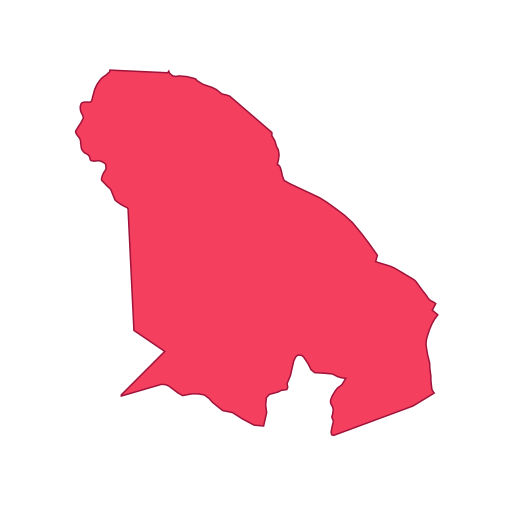 Anse Canot, Dennery, Saint Lucia, rotated 10°
{"feature_id": "8701671B96841263270820", "entity_name": "Anse Canot", "entity_type": "district", "adm_level": 2, "iso_a3": "LCA", "parent_name": "Saint Lucia", "parent_adm1": "Dennery", "projection": "natural_earth1", "projection_center": [-60.908, 13.909], "detail": "fine", "context": "isolated", "style": "filled", "palette": "rose", "viewbox_px": 512, "rotation_deg": 10, "n_neighbors": 0, "source": "geoboundaries", "source_scale": "gbopen_adm2", "svg_char_len": 5469}
<svg xmlns="http://www.w3.org/2000/svg" viewBox="0 0 512 512"><g transform="rotate(10 256 256)"><path d="M440.9,271.5L438.7,270.5L435.9,269.7L433.1,268.0L430.6,265.2L425.8,261.0L418.6,254.0L417.2,252.8L415.6,251.9L406.0,248.2L394.9,244.0L391.2,243.0L388.3,242.5L380.7,241.6L374.8,240.8L375.4,234.2L365.2,224.1L356.6,216.1L345.5,206.6L336.2,200.6L327.6,196.2L316.5,190.8L308.6,187.6L293.2,183.4L277.4,179.1L274.1,178.0L272.6,177.3L270.9,177.1L269.2,174.5L267.9,172.1L265.9,167.1L264.2,164.1L262.5,162.5L261.0,162.3L261.1,161.9L261.4,156.9L261.2,152.5L260.3,149.7L259.4,147.3L257.5,145.1L254.5,139.2L250.8,134.9L250.2,131.6L202.3,103.1L198.9,102.6L195.5,102.4L194.0,102.2L187.9,98.9L183.4,97.6L173.8,96.1L167.8,93.7L165.6,92.0L157.2,91.3L149.0,92.0L145.8,93.1L142.7,93.1L139.0,90.9L138.0,89.1L137.2,90.9L79.8,98.3L79.9,98.7L79.9,99.1L79.9,99.4L79.8,99.9L79.6,100.3L79.4,100.7L79.0,101.1L78.8,101.4L78.6,101.6L78.4,101.9L78.0,102.4L77.6,102.9L77.4,103.2L77.2,103.5L76.9,103.9L76.5,104.2L76.2,104.5L75.9,104.8L75.3,105.3L75.1,105.6L74.6,106.1L74.1,106.5L73.8,107.0L73.5,107.3L72.9,108.0L72.5,108.7L72.3,109.0L72.1,109.4L71.9,109.9L71.6,110.3L71.2,111.2L71.0,111.7L70.9,112.0L70.6,112.5L70.4,112.8L70.3,113.1L70.1,113.5L69.9,114.0L69.8,114.4L69.7,114.7L69.5,115.0L69.4,115.4L69.3,115.8L69.2,116.3L69.1,116.6L69.0,117.0L68.8,117.4L68.7,118.1L68.6,118.5L68.4,119.1L68.3,119.5L68.3,119.9L68.2,120.2L68.1,120.8L68.1,121.4L68.0,121.8L68.0,122.2L67.9,122.7L67.9,123.3L67.9,123.8L67.8,124.3L67.8,124.7L67.8,125.1L67.7,125.5L67.7,125.9L67.7,126.2L67.6,126.5L67.6,127.0L67.5,127.4L67.5,127.8L67.5,128.3L67.5,128.6L67.4,129.0L67.4,129.3L67.4,129.7L67.4,130.2L67.4,130.6L67.2,131.0L67.2,131.3L67.1,131.8L67.0,132.2L66.7,132.5L66.5,132.8L65.9,133.2L65.5,133.3L65.2,133.4L65.0,133.6L64.6,133.6L64.2,133.6L63.8,133.6L63.6,133.6L63.3,133.6L62.8,133.8L62.3,133.9L61.9,133.9L61.6,134.0L61.2,134.1L60.7,134.1L60.4,134.2L60.0,134.4L59.7,134.5L59.2,134.7L59.0,134.8L58.7,134.9L58.3,135.1L58.1,135.3L57.8,135.7L57.5,136.0L57.4,136.4L57.2,136.9L57.2,137.3L57.1,137.9L57.0,138.2L57.0,138.7L57.0,139.0L57.1,139.6L57.1,140.1L57.2,140.6L57.3,141.0L57.5,141.8L57.6,142.1L57.8,142.8L57.9,143.0L58.0,143.4L58.2,143.8L58.4,144.1L58.5,144.4L58.8,144.8L59.0,145.1L59.2,145.4L59.5,145.8L59.8,146.1L60.1,146.5L60.3,146.7L60.6,147.2L60.8,147.5L61.1,148.0L61.3,148.3L61.4,148.6L61.5,148.8L61.6,149.1L61.8,149.5L61.9,149.8L61.9,150.3L61.9,150.6L61.7,151.1L61.5,151.7L61.4,152.2L61.3,152.5L61.2,152.8L60.9,153.6L60.7,154.3L60.6,154.8L60.5,155.0L60.4,155.3L60.2,155.8L60.1,156.0L59.7,156.8L59.6,157.2L59.3,157.7L59.2,158.0L59.0,158.6L58.7,159.3L58.5,159.6L58.2,160.4L58.1,160.8L57.9,161.2L57.8,161.5L57.3,162.7L57.1,163.3L56.8,164.0L56.7,164.4L56.7,164.7L56.9,165.3L57.2,165.9L57.4,166.2L57.6,166.5L58.2,167.3L58.8,167.9L59.3,168.4L59.8,168.9L60.3,169.2L60.6,169.6L60.9,169.8L61.2,170.2L61.5,170.4L61.9,170.8L62.1,171.1L62.4,171.4L62.6,171.9L62.9,172.6L63.2,173.0L63.3,173.4L63.4,173.8L63.5,174.3L63.6,174.7L63.7,175.1L63.7,175.4L63.8,175.7L64.1,176.3L64.2,176.6L64.3,177.0L64.4,177.4L64.5,177.8L64.6,178.2L64.8,178.8L64.9,179.1L65.1,179.6L65.2,179.9L65.5,180.5L65.6,180.8L65.8,181.2L66.1,181.6L66.5,181.9L66.9,182.3L67.2,182.6L67.5,182.9L67.8,183.2L68.0,183.4L68.2,183.5L68.5,183.7L68.7,183.9L69.1,184.1L69.4,184.2L70.0,184.4L70.3,184.5L71.0,184.7L71.3,184.7L71.6,184.9L72.2,185.1L72.5,185.3L72.9,185.5L73.2,185.7L73.6,186.0L74.0,186.3L74.3,186.6L74.6,186.9L74.8,187.3L75.0,187.5L75.2,188.0L75.3,188.3L75.4,188.6L75.6,188.9L75.7,189.2L75.8,189.5L76.2,190.0L76.4,190.3L76.7,190.5L77.0,190.6L77.3,190.6L77.6,190.7L78.0,190.7L78.3,190.7L78.7,190.7L79.0,190.7L79.3,190.8L79.5,190.7L79.9,190.6L80.3,190.6L81.1,190.5L81.6,190.3L82.0,190.2L82.3,190.1L82.6,190.0L83.2,189.8L83.5,189.7L83.8,189.6L84.4,189.5L84.9,189.4L85.3,189.4L85.5,189.4L86.2,189.6L86.6,189.6L86.9,189.7L87.3,189.7L87.5,189.7L88.0,189.9L88.5,190.1L89.0,190.2L89.4,190.3L89.6,190.4L89.9,190.6L90.2,190.7L90.6,190.9L91.3,191.3L92.0,191.7L92.5,193.4L93.2,196.5L92.5,198.2L91.5,200.5L91.2,201.5L90.6,204.3L90.5,206.0L90.4,207.0L91.0,208.4L95.3,211.5L96.2,212.2L96.5,212.4L98.7,213.9L101.0,215.3L101.2,215.6L101.8,216.3L104.2,220.2L107.5,225.4L110.3,227.0L112.4,227.9L114.0,228.7L117.2,229.8L120.8,230.8L121.8,231.8L148.7,350.5L182.7,365.8L147.5,416.1L147.6,417.3L147.9,417.2L185.2,398.8L189.3,398.4L192.8,399.2L202.9,404.4L208.0,406.2L216.8,402.9L223.2,401.8L229.2,401.8L234.5,404.4L238.6,407.7L250.0,414.0L260.1,414.3L270.9,418.8L283.5,422.9L293.0,422.1L293.7,408.4L291.4,401.0L290.8,393.6L293.3,389.9L301.2,386.2L304.1,384.0L309.5,382.2L310.1,379.9L308.8,376.2L310.7,367.4L311.4,352.9L312.6,348.5L314.5,346.3L318.0,345.9L320.2,347.0L325.9,352.9L330.0,358.5L334.1,360.7L343.6,359.6L351.8,358.9L357.5,360.7L361.6,361.1L365.6,360.9L363.4,366.9L362.4,368.5L359.4,371.6L357.5,375.0L355.3,380.7L354.5,384.8L354.6,386.5L355.4,388.5L357.8,391.6L358.8,394.2L358.9,398.5L358.6,401.4L359.3,402.7L360.4,404.1L360.9,406.4L360.6,410.4L360.5,416.2L360.9,417.5L361.8,419.0L363.1,419.1L363.6,419.2L436.6,376.5L454.7,360.6L455.3,360.0L454.2,359.0L452.5,357.0L451.6,354.2L449.9,348.4L449.0,343.6L447.7,339.7L446.6,335.8L445.6,331.3L444.6,329.0L442.6,324.6L440.6,319.2L438.8,313.6L438.5,311.1L438.4,307.9L439.1,301.9L439.8,297.7L441.1,292.1L443.0,286.8L445.3,282.4L444.5,281.9L444.2,281.7L443.1,281.1L440.9,279.8L439.8,279.2L439.3,278.9L439.0,278.8L439.2,278.2L439.4,277.7L441.2,272.0L441.3,271.7L440.9,271.5Z" fill="#f43f5e" stroke="#9f1239" stroke-width="1.5"/></g></svg>